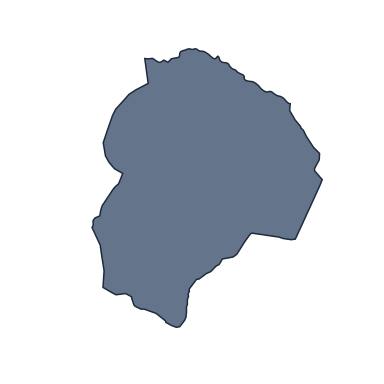 San Pedro Ayampuc, Guatemala, rotated 33°
{"feature_id": "79465075B57117467929955", "entity_name": "San Pedro Ayampuc", "entity_type": "district", "adm_level": 2, "iso_a3": "GTM", "parent_name": "Guatemala", "parent_adm1": "", "projection": "orthographic", "projection_center": [-90.451, 14.766], "detail": "fine", "context": "isolated", "style": "filled", "palette": "slate", "viewbox_px": 384, "rotation_deg": 33, "n_neighbors": 0, "source": "geoboundaries", "source_scale": "gbopen_adm2", "svg_char_len": 2393}
<svg xmlns="http://www.w3.org/2000/svg" viewBox="0 0 384 384"><g transform="rotate(33 192 192)"><path d="M169.3,320.5L180.2,320.0L184.2,319.6L191.7,313.3L198.3,312.8L199.7,314.3L204.9,318.4L206.5,318.8L212.8,318.1L215.7,316.3L227.8,313.4L239.8,314.5L241.2,315.6L247.6,315.1L252.6,314.0L255.1,311.6L255.7,303.5L255.2,300.6L253.1,296.2L249.9,291.3L249.5,289.0L246.7,284.7L245.9,281.4L244.3,279.7L243.9,276.8L242.5,274.9L243.4,262.7L245.2,261.3L248.4,252.7L251.1,248.5L252.5,241.1L254.2,238.1L254.0,231.6L261.9,224.1L263.5,219.6L263.3,205.1L263.8,195.2L264.8,193.8L289.6,182.4L293.7,181.4L301.3,177.9L304.3,175.2L302.0,159.2L295.8,117.5L294.5,110.7L283.3,107.5L282.0,105.5L281.2,95.7L278.0,90.2L269.3,88.3L257.5,83.0L251.8,79.6L248.5,79.0L247.4,77.9L239.2,75.4L229.6,70.5L227.0,65.8L226.3,64.4L224.8,65.0L223.0,64.9L221.2,64.4L218.6,63.7L216.8,63.5L215.5,63.5L214.2,63.7L212.5,64.3L210.9,64.8L209.1,64.9L207.2,64.9L205.6,64.7L204.5,64.6L203.4,64.8L202.3,65.4L200.9,66.9L199.3,67.9L197.9,68.0L194.9,68.0L193.0,67.6L190.2,66.7L189.0,66.5L187.8,66.3L185.4,66.2L183.5,66.3L182.0,66.8L179.2,68.2L177.7,68.8L176.1,69.1L174.7,69.0L173.7,68.0L173.1,66.8L171.5,66.0L170.2,66.1L168.7,66.4L166.8,66.6L164.8,66.7L163.6,66.4L162.2,66.0L160.2,66.4L158.6,66.7L156.5,66.4L154.5,65.7L153.6,65.1L152.3,64.7L150.6,64.9L148.2,66.1L146.6,66.7L145.6,66.7L144.4,66.6L143.1,66.0L140.9,64.2L139.8,64.0L139.4,65.2L139.4,66.5L138.6,67.8L137.6,68.2L136.5,68.3L135.4,68.2L133.4,68.0L132.4,67.7L129.9,67.5L127.4,67.5L125.3,67.8L123.7,68.4L122.1,69.4L120.7,69.8L119.6,69.7L118.3,69.6L116.7,70.1L115.3,71.7L114.4,72.4L113.5,72.8L111.9,73.3L110.9,74.1L109.9,75.3L108.5,77.3L107.4,78.4L106.7,79.2L106.1,80.6L106.1,82.1L107.4,84.7L107.5,86.1L106.5,87.3L104.7,89.0L103.0,90.6L102.0,91.8L101.5,95.0L101.0,96.3L99.7,96.5L98.1,96.5L96.4,96.9L96.0,97.9L95.6,99.3L94.4,100.8L92.9,101.4L90.7,101.5L87.6,101.4L86.0,101.5L85.1,102.2L84.3,102.9L82.7,104.3L81.7,104.7L79.7,105.8L96.1,124.8L89.2,137.1L86.0,144.4L84.5,154.6L82.9,164.0L83.7,171.2L87.4,186.3L90.7,199.0L99.7,208.8L106.2,212.3L114.2,214.7L123.8,214.2L125.1,220.7L126.0,225.0L124.8,229.2L124.4,232.1L124.3,234.8L124.3,239.8L124.2,244.6L124.2,248.6L124.1,251.7L124.7,254.8L126.2,258.9L127.7,262.2L126.3,264.3L124.7,266.8L124.7,270.2L127.3,273.7L127.5,276.2L144.0,286.6L149.3,292.7L161.2,306.0L166.3,315.1L169.3,320.5Z" fill="#64748b" stroke="#1e293b" stroke-width="1.5"/></g></svg>